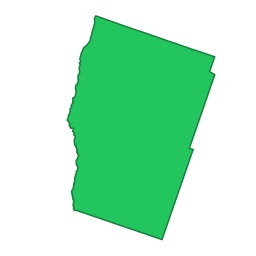 Richland, North Dakota, United States of America (Mercator projection), rotated 199°
{"feature_id": "52423323B46553352512273", "entity_name": "Richland", "entity_type": "district", "adm_level": 2, "iso_a3": "USA", "parent_name": "United States of America", "parent_adm1": "North Dakota", "projection": "mercator", "projection_center": [-96.692, 46.284], "detail": "fine", "context": "isolated", "style": "filled", "palette": "green", "viewbox_px": 256, "rotation_deg": 199, "n_neighbors": 0, "source": "geoboundaries", "source_scale": "gbopen_adm2", "svg_char_len": 3415}
<svg xmlns="http://www.w3.org/2000/svg" viewBox="0 0 256 256"><g transform="rotate(199 128 128)"><path d="M59.5,33.6L59.5,57.3L59.4,128.8L63.4,128.8L63.3,206.6L69.2,207.9L69.2,223.5L85.0,223.5L90.1,223.4L92.9,223.3L108.7,223.4L112.3,223.5L112.7,223.3L132.4,223.4L149.3,223.4L151.8,223.3L168.9,223.3L172.8,223.3L176.7,223.4L180.7,223.4L184.6,223.4L186.7,223.5L188.5,223.5L192.4,223.5L194.9,223.5L195.1,223.0L195.4,220.6L195.2,220.1L194.7,219.4L193.6,215.8L193.3,211.2L193.2,208.7L193.0,205.2L192.9,204.6L192.6,203.7L192.9,201.3L192.5,199.9L192.3,199.4L192.2,198.5L193.0,195.5L194.4,191.8L195.4,190.8L195.7,190.0L196.2,188.2L196.2,187.1L196.0,186.5L196.0,186.2L196.6,183.0L196.3,182.2L196.2,179.4L196.0,177.9L195.8,177.2L195.0,176.4L194.5,175.3L194.3,174.6L195.1,174.2L195.0,173.3L193.7,172.1L193.4,171.6L193.7,171.2L193.9,169.4L192.8,166.8L192.3,166.3L191.9,165.6L191.7,164.6L192.3,161.5L192.2,160.6L192.1,160.0L191.7,159.7L191.3,159.3L191.1,158.5L191.2,158.4L191.0,157.6L190.8,157.5L190.6,157.5L190.4,157.3L190.4,157.1L190.4,156.8L190.4,156.4L190.5,156.0L190.4,155.8L190.2,155.3L190.2,154.1L190.4,153.5L190.4,152.6L190.9,152.1L191.0,151.8L191.1,151.0L191.0,150.2L190.9,150.1L190.5,148.6L189.6,146.3L188.9,145.9L188.5,143.7L188.3,139.9L188.4,139.5L189.1,138.9L189.5,138.7L189.7,138.4L189.9,138.2L189.9,137.8L189.8,137.6L189.5,137.4L189.1,137.2L189.1,136.7L189.2,136.3L189.2,135.8L189.1,135.4L188.8,134.9L188.3,134.7L188.1,134.3L188.2,133.9L188.6,132.7L189.0,130.8L188.9,130.3L188.3,129.4L188.3,129.1L188.4,128.6L188.8,127.8L188.8,126.6L188.6,126.2L188.2,125.9L188.0,125.5L188.3,124.6L188.2,124.2L188.0,123.9L187.8,122.8L188.4,120.5L188.3,120.0L187.8,118.6L188.1,115.6L187.8,115.4L186.5,115.0L185.3,113.7L184.3,113.0L184.2,112.6L184.6,111.8L184.1,110.9L182.6,110.4L182.5,110.1L182.5,109.5L182.1,109.2L180.4,109.8L179.7,109.8L179.4,109.3L179.1,107.9L179.3,107.3L179.2,106.8L178.5,106.5L177.6,105.9L177.1,104.7L177.0,103.9L175.6,103.5L175.3,103.3L174.8,100.8L175.0,99.3L173.2,95.2L172.8,94.5L172.5,94.4L172.0,94.6L171.4,94.4L171.2,94.0L171.3,93.6L171.2,93.0L170.2,92.7L169.8,92.3L169.7,91.9L169.8,91.5L169.7,91.1L169.5,90.9L168.9,90.9L168.7,90.4L168.7,90.0L168.9,89.3L168.8,88.7L168.6,88.5L168.0,88.4L167.8,88.3L167.7,87.6L167.4,86.9L166.9,86.7L166.2,86.7L165.7,86.1L165.6,85.6L165.7,85.0L166.0,84.3L166.0,83.6L165.9,83.4L165.7,83.2L165.6,82.6L165.6,82.3L166.2,81.8L166.3,80.3L166.2,79.2L165.8,78.9L165.3,77.9L165.1,77.4L165.2,77.0L165.1,76.8L164.9,76.6L164.5,76.5L164.1,76.2L164.0,75.6L162.5,74.9L162.3,74.6L162.3,74.2L162.5,73.6L162.4,73.3L162.1,73.0L162.0,72.5L162.0,71.9L162.6,70.7L162.8,69.9L162.4,69.7L162.0,68.9L162.3,67.8L162.3,67.4L161.8,66.6L162.3,65.4L162.1,64.3L161.9,62.0L161.2,61.1L160.7,60.1L160.7,59.6L161.1,59.0L161.1,58.5L160.6,58.0L160.6,57.8L160.6,57.7L161.0,57.3L161.0,57.1L160.9,56.8L160.4,56.4L160.7,55.4L160.7,55.0L160.3,54.0L160.0,53.6L159.9,53.2L160.0,52.7L160.3,52.4L160.7,51.0L160.4,48.8L160.0,48.3L159.4,48.1L159.2,47.8L159.1,47.4L159.3,46.5L159.2,46.4L158.7,46.3L158.4,46.2L158.4,45.5L158.2,45.2L157.4,44.8L157.3,44.5L157.4,43.6L157.3,43.3L157.1,43.1L156.5,42.2L155.9,42.1L155.4,41.6L155.4,41.2L155.4,40.6L155.6,40.1L155.5,39.9L155.0,39.6L154.8,39.1L155.1,38.0L155.0,37.6L154.3,37.2L154.2,36.7L154.3,36.3L154.2,35.9L153.3,35.7L153.2,34.6L153.3,34.1L153.2,33.7L152.1,33.0L151.9,32.5L150.6,33.3L106.3,33.4L102.6,33.4L59.5,33.6Z" fill="#22c55e" stroke="#15803d" stroke-width="1.5"/></g></svg>